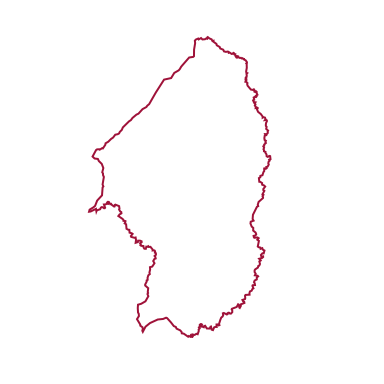 outline of El Copey, Cesar, Colombia, rotated 150°
{"feature_id": "7082276B6565875231933", "entity_name": "El Copey", "entity_type": "district", "adm_level": 2, "iso_a3": "COL", "parent_name": "Colombia", "parent_adm1": "Cesar", "projection": "mercator", "projection_center": [-73.955, 10.203], "detail": "fine", "context": "isolated", "style": "outline", "palette": "rose", "viewbox_px": 384, "rotation_deg": 150, "n_neighbors": 0, "source": "geoboundaries", "source_scale": "gbopen_adm2", "svg_char_len": 5923}
<svg xmlns="http://www.w3.org/2000/svg" viewBox="0 0 384 384"><g transform="rotate(150 192 192)"><path d="M86.2,291.2L86.6,291.8L87.7,291.4L88.6,291.7L89.7,294.0L90.6,294.2L90.3,295.1L90.7,295.7L92.6,296.4L94.0,297.8L93.8,299.6L95.8,302.2L95.5,303.7L97.2,306.7L96.8,308.1L98.4,311.7L97.8,312.3L98.8,312.7L98.7,314.4L100.2,316.4L100.9,318.3L101.6,318.2L102.3,317.2L103.1,317.9L104.4,317.8L106.7,318.9L107.2,320.8L109.9,320.8L109.9,321.8L112.5,322.1L113.9,321.6L114.8,319.4L119.0,314.3L122.4,308.6L123.4,308.4L127.2,309.9L138.6,306.0L141.2,304.5L142.8,304.0L147.8,304.0L153.1,301.1L160.0,303.3L173.5,296.3L185.2,289.5L187.6,289.1L189.0,288.4L193.4,288.5L199.2,286.6L201.4,286.8L206.5,285.9L209.0,284.8L211.1,284.7L219.6,282.5L221.7,280.9L224.6,280.1L225.8,279.2L227.4,279.2L229.8,280.0L233.1,278.6L235.6,278.4L239.4,277.4L242.5,277.4L243.5,276.2L247.4,274.3L247.8,274.9L250.7,274.8L250.8,275.3L252.9,276.4L254.1,276.3L260.4,272.4L259.6,269.7L257.0,267.7L257.2,265.4L256.1,261.5L256.8,257.1L259.9,253.9L259.8,252.6L260.6,251.1L260.8,249.1L265.7,243.2L266.0,241.1L267.1,240.7L271.6,234.1L278.4,232.0L282.9,228.4L285.2,228.0L289.5,227.9L291.0,226.4L289.5,225.8L283.6,225.4L284.5,223.0L283.6,223.7L280.2,223.0L278.8,224.0L277.9,224.1L277.0,223.5L276.3,221.9L275.7,221.6L275.1,221.8L274.5,225.2L273.0,224.5L271.6,224.4L270.7,223.7L270.2,224.3L270.6,225.4L269.8,225.6L269.0,225.0L268.9,222.3L268.0,222.2L267.9,221.0L266.7,218.3L266.2,218.2L265.3,219.4L264.7,219.4L262.2,216.2L263.1,213.9L263.9,213.3L263.9,211.0L263.3,210.0L263.8,208.8L265.9,208.8L267.8,208.0L265.6,203.4L265.3,202.2L265.8,201.3L264.2,200.1L264.6,199.4L266.0,198.5L265.2,197.0L267.1,192.9L266.1,191.2L265.2,190.6L266.4,188.0L264.8,186.4L264.4,185.4L267.0,184.4L267.1,183.5L264.7,181.1L263.6,180.8L264.5,178.4L266.2,176.2L264.0,175.7L263.0,176.8L261.4,175.9L260.3,174.5L260.7,173.7L262.6,173.6L262.6,172.2L263.3,171.7L262.9,170.8L261.1,169.5L261.7,168.0L261.6,166.7L260.4,165.9L258.9,167.5L258.3,166.9L257.0,167.0L256.9,166.0L255.4,165.3L254.8,161.5L255.3,161.0L253.7,160.1L253.6,159.1L254.5,158.0L253.9,157.1L254.6,155.7L256.4,155.3L256.2,154.2L256.7,152.6L258.0,152.8L260.1,151.6L260.1,149.1L263.7,147.3L266.0,147.9L267.0,145.8L269.1,143.6L269.6,142.0L271.5,141.7L273.4,139.9L274.3,138.1L275.5,138.1L276.0,137.1L278.8,135.3L279.3,134.4L278.0,130.6L280.4,127.4L280.5,126.5L281.6,125.9L281.9,123.6L287.0,120.6L291.9,120.6L295.1,121.4L297.0,118.6L299.0,114.6L299.0,113.2L300.0,111.1L303.2,109.4L303.1,103.1L303.6,102.1L302.5,99.6L303.0,98.1L304.4,96.7L304.5,95.5L299.6,98.6L293.9,99.5L285.4,98.7L280.5,96.5L277.3,96.1L276.6,95.2L275.4,89.5L274.8,85.0L273.5,83.2L273.7,81.4L271.4,78.1L271.0,76.1L271.5,74.7L270.0,73.5L267.7,68.6L266.8,68.9L265.8,67.5L264.9,68.3L264.6,66.6L264.2,66.3L263.4,66.7L263.7,68.2L263.0,68.6L261.2,66.9L259.1,67.0L258.2,66.0L255.6,68.3L255.0,69.6L253.6,70.0L253.7,71.3L252.6,71.4L251.7,73.1L250.6,73.3L249.8,72.8L249.7,72.0L251.7,71.4L251.7,71.0L250.4,70.3L249.4,69.0L248.6,69.8L247.5,69.6L247.4,66.4L245.0,64.9L243.3,66.1L242.8,66.0L243.8,62.9L242.9,61.9L240.5,63.7L239.2,63.5L238.1,62.8L237.0,65.0L236.0,64.5L235.6,63.1L234.8,63.0L234.6,64.2L231.3,67.2L229.5,68.6L227.7,68.9L226.6,69.7L225.9,71.5L224.9,71.3L223.1,68.5L222.3,68.4L222.0,69.2L220.9,69.3L220.2,68.8L219.9,67.7L219.0,67.2L217.2,67.8L216.4,69.2L216.3,70.6L215.8,70.9L210.8,70.1L208.2,71.7L207.8,71.0L208.8,68.2L208.6,67.7L206.8,68.8L205.8,70.3L202.1,69.7L201.7,70.8L202.4,71.9L202.3,73.3L199.6,72.8L198.9,73.5L198.0,75.6L197.1,76.1L193.5,74.3L192.8,75.7L191.6,76.9L189.7,76.7L188.2,77.8L187.0,77.8L186.6,80.5L186.1,80.9L184.0,79.9L183.3,81.7L183.4,82.9L182.0,84.0L179.6,83.9L178.7,85.5L176.9,85.9L177.1,86.7L179.2,88.4L177.7,89.4L177.8,91.4L176.9,92.9L175.9,93.4L172.7,93.6L171.6,94.8L170.7,94.6L170.0,95.0L169.1,95.7L168.4,98.2L166.8,98.3L167.2,100.6L164.6,99.8L162.9,100.1L162.6,100.7L164.2,101.4L163.8,103.0L161.6,103.7L160.6,103.0L158.5,105.1L159.5,106.7L159.2,108.2L161.0,108.5L160.6,109.7L161.9,110.9L162.3,111.9L158.5,116.2L159.3,118.0L157.4,118.7L158.0,119.9L160.9,121.2L161.0,122.0L160.6,123.2L158.6,122.7L157.5,123.3L157.2,125.1L158.3,128.0L156.9,130.3L157.6,132.2L157.1,135.5L156.0,136.9L153.0,136.4L153.0,138.3L150.6,141.8L143.2,146.7L141.7,146.7L141.4,148.1L139.3,150.1L133.5,151.3L133.0,152.1L133.0,153.2L131.6,153.8L132.1,154.8L128.8,156.8L129.3,157.9L128.8,158.9L125.9,160.1L126.3,161.6L127.6,163.3L126.8,164.7L127.8,166.6L128.6,167.2L127.1,170.6L125.5,170.6L124.7,171.8L122.6,171.3L120.2,173.5L119.0,174.0L117.7,176.3L117.1,176.1L116.5,175.2L115.4,175.3L115.1,176.5L113.8,176.2L111.8,177.4L111.6,178.7L110.4,180.0L109.1,180.3L109.0,181.4L107.6,181.2L106.4,184.0L107.0,184.6L108.8,184.5L109.5,185.6L108.7,187.3L108.8,189.3L108.3,190.0L109.3,191.3L108.7,192.3L108.7,193.3L107.4,194.3L107.4,195.9L106.3,196.0L105.8,197.0L103.5,197.5L103.5,198.6L102.4,199.4L103.1,200.8L102.4,202.5L100.7,204.6L99.6,204.2L99.6,205.5L98.4,204.7L96.8,205.3L96.3,206.5L95.4,207.1L96.2,209.6L94.8,211.1L95.0,212.2L94.6,213.1L93.4,214.7L91.6,216.0L91.4,216.7L91.7,217.3L92.9,217.8L91.9,218.3L91.6,219.9L92.7,221.1L93.6,221.1L93.1,221.9L93.4,225.0L94.7,228.4L94.4,231.1L93.1,231.8L93.3,232.4L94.9,232.9L94.1,233.9L94.4,235.4L93.2,236.2L93.5,237.6L92.3,238.0L93.5,239.0L93.3,240.7L92.1,240.8L92.2,241.4L91.5,241.9L91.3,243.0L90.1,243.0L89.1,242.2L88.3,242.5L88.4,243.4L86.7,243.5L86.6,245.2L85.9,246.5L86.1,247.0L86.9,246.7L87.8,247.6L87.5,248.5L87.0,248.7L87.1,250.0L88.3,250.0L89.8,251.3L90.7,256.3L90.3,257.8L89.5,258.6L90.0,259.9L89.7,260.5L90.5,260.9L89.5,261.9L88.9,262.0L89.2,263.0L88.0,263.5L88.3,264.1L86.6,265.0L85.8,266.9L84.7,267.3L85.3,268.1L84.8,269.4L82.5,272.1L80.6,275.6L80.7,276.2L79.8,276.4L79.5,277.2L79.7,279.2L80.6,280.6L80.4,281.1L81.0,281.4L81.3,282.6L82.3,282.9L82.5,283.7L83.9,284.5L84.3,285.8L84.9,285.8L84.3,286.5L85.0,287.2L86.3,286.8L86.4,287.8L86.0,288.8L86.4,289.6L85.8,289.9L86.4,290.5L86.2,291.2Z" fill="none" stroke="#9f1239" stroke-width="2"/></g></svg>